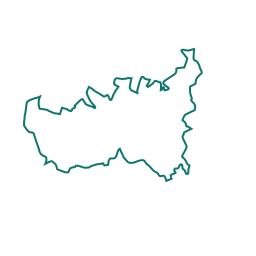 Thai Hoa, Nghệ An, Vietnam (Albers equal-area conic projection), rotated 155°
{"feature_id": "81297802B32908759949092", "entity_name": "Thai Hoa", "entity_type": "district", "adm_level": 2, "iso_a3": "VNM", "parent_name": "Vietnam", "parent_adm1": "Nghệ An", "projection": "albers", "projection_center": [105.442, 19.294], "detail": "fine", "context": "isolated", "style": "outline", "palette": "teal", "viewbox_px": 256, "rotation_deg": 155, "n_neighbors": 0, "source": "geoboundaries", "source_scale": "gbopen_adm2", "svg_char_len": 5629}
<svg xmlns="http://www.w3.org/2000/svg" viewBox="0 0 256 256"><g transform="rotate(155 128 128)"><path d="M194.5,193.7L195.7,193.6L200.8,194.5L203.2,194.6L204.3,194.7L205.6,194.7L206.6,194.7L207.3,194.5L207.8,194.4L208.9,193.8L209.2,193.4L209.6,193.0L209.9,192.4L210.3,191.8L214.6,185.1L216.6,182.5L217.7,180.4L219.5,177.7L220.5,175.6L220.8,174.9L221.1,174.1L221.2,173.6L221.1,173.2L220.7,170.8L220.1,168.4L220.0,167.6L219.8,167.1L219.5,166.6L219.0,166.0L217.9,165.1L217.3,164.7L216.7,164.3L216.1,163.8L215.9,163.2L215.8,162.7L215.9,162.1L216.0,161.4L216.3,159.2L217.0,153.1L217.7,146.1L217.9,145.2L218.1,144.4L218.1,142.8L218.0,142.0L217.9,141.1L217.6,140.5L217.2,139.7L217.0,139.2L216.3,138.4L215.7,137.7L215.2,137.1L214.8,136.5L214.7,136.1L214.8,135.2L215.0,134.7L215.2,134.0L215.5,133.5L215.8,132.9L216.8,131.7L218.1,130.5L213.4,130.6L211.7,130.3L211.3,130.1L210.9,129.9L209.8,127.8L209.2,126.1L209.0,124.9L208.9,124.3L209.4,121.7L209.5,120.6L209.3,120.1L207.0,117.8L205.3,116.1L203.4,114.3L202.0,113.4L201.3,113.2L201.1,113.2L200.7,113.3L200.3,113.5L198.7,115.1L198.0,115.5L197.4,115.8L197.1,115.9L193.2,115.4L192.2,115.1L191.8,115.3L191.4,115.7L191.2,115.8L189.8,115.2L187.7,113.6L185.8,111.8L185.1,111.1L184.0,110.3L183.4,110.0L181.9,109.4L180.1,108.7L177.5,109.0L172.1,108.4L169.3,107.5L165.6,106.5L165.2,104.1L163.8,103.5L162.2,103.2L161.5,103.1L159.7,106.0L157.9,107.6L157.2,107.8L156.7,107.8L155.7,107.3L153.6,106.4L152.5,106.4L152.0,106.6L150.6,107.4L146.9,111.3L145.4,112.4L144.2,112.6L144.3,110.3L144.3,108.7L144.2,107.5L144.2,107.0L144.3,104.4L144.3,102.9L144.0,101.9L143.4,100.0L142.5,97.2L142.2,96.7L141.9,96.4L141.6,96.1L140.6,95.4L138.5,94.5L137.0,94.2L135.5,94.0L134.6,94.0L132.5,93.8L130.8,93.5L129.7,93.2L128.5,92.7L127.7,92.3L127.4,91.9L127.2,91.6L127.0,91.2L126.7,89.4L126.4,87.8L126.2,87.2L126.0,86.9L124.9,85.0L124.4,83.1L123.5,80.4L122.7,78.1L122.0,77.0L121.3,76.1L120.4,75.0L120.2,74.3L119.8,71.5L119.5,71.0L118.8,70.6L118.3,70.3L117.0,70.1L116.4,70.0L116.0,69.7L115.7,69.4L115.5,69.1L115.3,68.5L115.1,66.9L115.2,65.9L115.6,63.9L114.1,63.8L111.7,63.7L110.0,63.6L109.8,64.9L109.5,66.8L109.2,67.2L108.4,67.3L107.6,67.3L103.9,67.2L103.7,67.5L104.0,68.8L104.1,69.7L103.9,70.2L103.5,70.7L103.0,71.2L102.5,71.3L101.7,71.0L100.8,70.6L100.1,70.4L99.2,70.5L98.8,70.7L98.5,71.0L97.5,72.0L97.1,72.3L96.7,72.5L95.6,72.7L95.1,72.5L94.7,72.1L94.7,71.6L94.9,70.7L94.9,70.2L95.1,69.8L95.5,68.9L95.6,68.2L95.4,67.4L94.7,66.2L94.6,65.3L94.4,64.0L94.7,63.3L94.8,62.9L94.8,62.4L94.4,61.7L93.8,61.3L93.1,61.3L92.7,61.4L91.6,63.3L90.6,65.1L88.2,67.9L88.3,68.5L89.2,69.7L89.3,70.0L89.5,70.8L89.5,73.3L89.9,76.1L91.0,78.9L91.0,79.2L90.6,79.8L89.0,81.1L86.6,82.8L85.2,83.8L83.5,85.4L83.0,86.0L82.6,86.6L82.5,87.3L82.6,92.1L82.6,95.0L82.6,95.8L82.5,96.3L82.4,96.8L81.9,97.5L81.3,98.0L80.9,98.3L80.2,98.8L79.2,100.2L77.9,100.3L73.0,100.5L70.9,100.5L72.6,103.2L73.2,104.1L73.8,104.5L74.2,104.7L74.3,105.1L73.8,108.1L73.9,108.7L74.1,109.4L74.5,110.4L75.3,112.2L73.0,114.3L71.1,115.6L70.4,115.9L69.6,115.9L65.1,116.0L60.0,116.0L58.2,118.6L57.8,119.7L57.7,121.0L57.8,122.1L58.8,125.1L58.9,126.7L57.7,127.6L57.1,132.4L56.5,134.6L54.9,138.0L54.0,139.4L51.2,139.4L48.3,139.6L47.9,139.8L47.6,140.7L46.8,141.6L45.9,142.9L45.0,143.8L44.1,144.3L43.1,144.8L41.5,145.5L40.0,146.0L38.9,146.3L37.8,146.8L37.4,148.1L37.4,149.4L37.5,151.0L37.3,152.7L37.1,154.2L37.0,155.2L37.1,156.9L37.4,158.7L37.8,159.9L38.9,160.9L39.4,162.0L39.1,163.4L38.6,164.6L34.8,171.7L36.4,172.0L39.1,172.4L40.4,172.6L41.4,173.1L43.6,174.6L44.8,175.6L45.9,176.0L46.9,175.6L46.9,174.9L46.8,174.1L46.6,173.4L44.9,166.2L46.9,163.6L51.4,159.1L57.9,161.4L59.1,161.3L59.5,160.2L60.0,159.4L60.7,158.5L61.4,157.8L61.9,157.4L63.9,156.9L72.9,155.6L74.9,155.2L76.1,154.9L77.0,154.0L77.1,153.3L77.0,152.4L76.7,151.7L76.3,150.8L74.4,147.6L74.3,147.0L74.3,146.7L74.5,146.4L75.6,146.1L77.7,146.3L78.5,146.5L78.9,146.8L79.0,147.5L78.5,149.0L78.4,149.5L78.5,149.8L79.0,150.1L79.3,150.1L81.3,148.5L81.7,148.2L82.4,148.4L81.4,150.0L80.2,152.3L79.6,153.9L79.5,155.9L80.3,156.3L82.8,158.9L83.3,159.2L83.7,159.3L84.7,158.8L86.9,157.8L92.5,156.7L93.2,158.3L90.0,160.5L87.8,162.5L90.2,164.0L91.1,164.8L91.7,165.3L92.4,167.2L92.6,167.7L92.8,168.0L93.4,168.3L94.3,168.4L97.3,165.6L102.6,159.5L104.0,157.7L104.7,155.7L107.2,158.4L108.6,160.2L109.2,161.2L109.3,161.8L109.5,162.7L109.5,163.2L109.3,164.0L109.0,164.5L108.5,165.4L107.1,167.3L104.4,171.1L103.8,171.6L107.0,173.3L109.2,173.6L113.0,175.1L115.6,176.9L116.9,177.7L117.8,177.9L118.0,177.9L118.3,177.9L119.0,177.7L119.7,177.1L120.3,176.6L120.9,175.7L121.3,175.0L121.4,174.6L121.8,174.4L121.7,173.5L121.9,173.1L119.2,169.5L123.6,167.0L127.2,164.3L130.1,161.5L131.5,160.6L132.0,160.8L132.4,161.3L132.4,166.1L132.5,166.3L132.8,166.5L133.2,166.6L134.5,166.5L135.1,166.4L136.1,166.5L136.7,166.8L138.6,169.9L140.9,173.2L142.2,175.1L143.7,178.1L144.0,178.7L144.7,179.8L146.0,181.7L148.5,179.7L149.7,178.4L150.5,177.6L150.7,176.5L150.9,174.5L150.8,169.1L150.6,167.5L149.1,162.3L149.0,161.6L148.9,161.0L149.0,160.5L149.3,160.2L149.6,160.1L150.0,160.3L150.9,161.9L151.7,162.8L152.8,163.6L155.9,166.9L156.2,167.8L156.4,169.2L157.0,173.4L158.3,173.5L158.9,173.5L159.5,173.3L163.6,172.0L165.3,171.3L167.0,170.7L166.8,169.8L167.0,169.2L167.4,169.0L168.1,168.9L169.3,168.9L170.2,168.9L170.6,168.7L170.9,168.2L171.3,167.9L171.7,167.6L172.3,167.4L172.6,167.4L172.9,167.6L173.4,168.3L174.4,169.0L175.4,170.9L179.3,174.2L182.0,171.3L183.7,169.4L188.8,172.7L191.1,175.4L192.4,176.7L193.4,178.3L195.5,180.0L198.3,181.8L199.9,182.8L199.9,183.5L199.7,184.3L199.2,186.7L197.8,189.6L196.6,191.5L194.5,193.7Z" fill="none" stroke="#0f766e" stroke-width="2"/></g></svg>